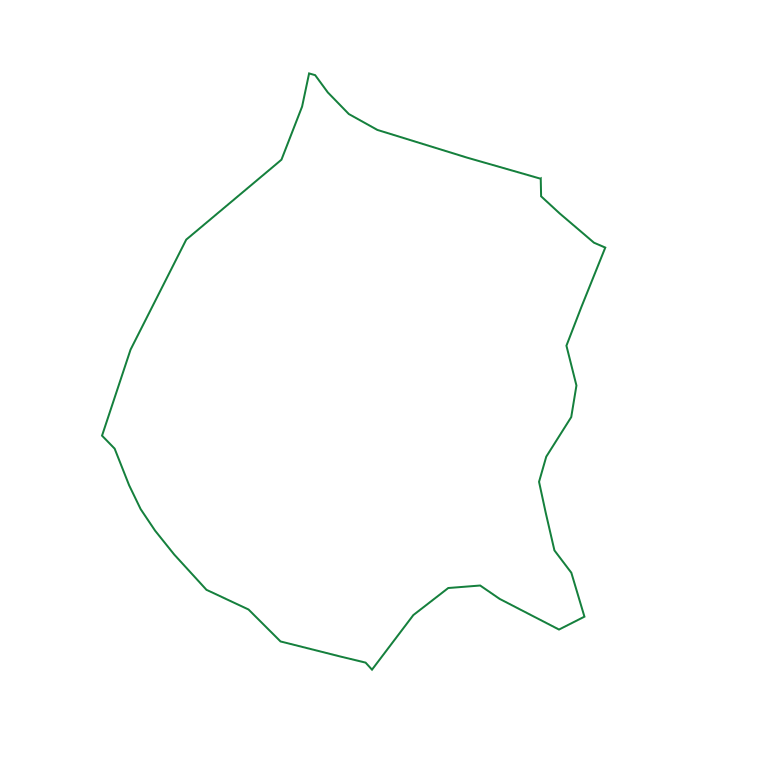 the district of Strängnäs, Södermanland, Sweden, rotated 196°
{"feature_id": "70781695B8890772854641", "entity_name": "Strängnäs", "entity_type": "district", "adm_level": 2, "iso_a3": "SWE", "parent_name": "Sweden", "parent_adm1": "Södermanland", "projection": "mercator", "projection_center": [17.047, 59.38], "detail": "fine", "context": "isolated", "style": "outline", "palette": "green", "viewbox_px": 768, "rotation_deg": 196, "n_neighbors": 0, "source": "geoboundaries", "source_scale": "gbopen_adm2", "svg_char_len": 706}
<svg xmlns="http://www.w3.org/2000/svg" viewBox="0 0 768 768"><g transform="rotate(196 384 384)"><path d="M316.8,106.1L292.1,170.0L266.0,205.6L236.0,216.8L213.6,209.3L148.1,196.2L127.2,215.6L151.9,254.2L174.3,271.0L193.0,304.7L208.0,332.7L208.0,358.9L194.9,403.8L198.6,435.6L219.2,471.1L215.5,512.3L208.9,576.1L221.1,577.7L262.2,596.4L284.7,607.7L290.0,624.8L290.3,624.5L366.9,624.5L460.4,626.4L492.2,633.8L518.4,648.8L535.3,661.9L541.6,661.9L539.2,628.1L544.4,571.4L546.7,567.9L613.9,468.3L637.1,347.2L640.8,256.6L625.1,247.6L601.1,216.4L583.4,196.6L563.6,179.9L538.6,162.2L497.9,137.2L452.1,129.9L412.5,108.0L351.0,110.0L324.9,111.1L316.8,106.1Z" fill="none" stroke="#15803d" stroke-width="2"/></g></svg>